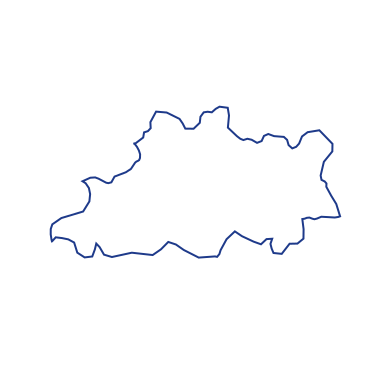 map outline of Haskovo (Natural Earth projection), rotated 161°
{"feature_id": "BGR-2232", "entity_name": "Haskovo", "entity_type": "Province", "adm_level": 1, "iso_a3": "BGR", "parent_name": "Bulgaria", "parent_adm1": "", "projection": "natural_earth1", "projection_center": [25.843, 41.878], "detail": "fine", "context": "isolated", "style": "outline", "palette": "blue", "viewbox_px": 384, "rotation_deg": 161, "n_neighbors": 0, "source": "natural_earth", "source_scale": "10m", "svg_char_len": 1741}
<svg xmlns="http://www.w3.org/2000/svg" viewBox="0 0 384 384"><g transform="rotate(161 192 192)"><path d="M340.5,190.9L340.3,192.9L339.4,197.9L337.6,203.0L334.6,206.9L324.0,209.9L301.3,209.0L292.1,216.5L289.0,223.2L288.2,229.3L289.7,234.9L292.0,237.8L283.5,238.6L278.8,237.3L276.0,235.0L270.1,228.7L268.2,227.6L265.1,227.4L260.2,231.8L248.1,232.2L242.2,233.7L236.2,238.3L234.6,238.9L233.1,239.0L231.6,239.4L230.1,241.1L228.8,244.5L228.7,248.5L229.3,252.5L230.4,255.8L231.4,257.1L229.8,256.3L220.4,259.4L217.9,264.0L213.9,263.9L210.3,265.8L208.6,271.6L199.8,279.7L190.1,275.4L180.0,265.2L178.5,259.8L177.7,254.1L169.9,251.3L162.1,254.9L159.5,260.4L155.0,263.5L151.1,262.8L147.3,260.9L142.5,262.9L138.2,263.7L130.8,260.0L132.1,252.3L137.1,241.2L131.3,230.1L129.0,226.6L126.5,224.4L122.3,224.3L118.6,222.0L114.5,217.3L109.6,217.5L105.7,221.6L101.0,222.0L96.2,218.1L87.2,214.2L85.1,210.3L85.4,204.9L83.0,200.6L78.8,200.8L75.0,202.9L69.9,208.7L63.2,210.9L51.5,208.9L43.5,191.8L46.1,184.7L57.5,177.6L65.0,165.7L65.6,161.3L63.1,158.8L62.1,156.3L63.3,153.2L61.6,143.2L59.5,133.7L59.9,120.8L61.9,120.8L65.3,121.4L69.9,123.3L77.8,126.5L82.6,126.2L85.1,126.4L86.8,127.5L89.3,129.6L91.8,130.2L94.2,130.1L96.5,130.5L98.6,120.5L101.8,111.6L109.1,108.9L116.6,111.3L127.3,104.3L134.8,107.8L135.1,112.6L134.7,117.4L131.4,121.7L136.9,123.2L143.8,120.1L149.9,125.0L159.1,133.9L164.3,140.8L174.7,136.1L183.9,127.7L186.3,124.4L189.4,122.5L191.2,123.6L207.0,127.8L218.6,139.8L224.3,147.6L230.7,152.5L240.0,147.9L249.7,145.2L268.7,154.2L288.9,156.6L295.6,161.4L297.3,170.0L299.3,174.4L302.5,169.4L307.3,163.5L314.8,165.1L320.2,172.0L319.9,182.6L324.4,187.5L330.0,190.8L335.6,193.5L340.4,190.9L340.5,190.9Z" fill="none" stroke="#1e3a8a" stroke-width="2"/></g></svg>